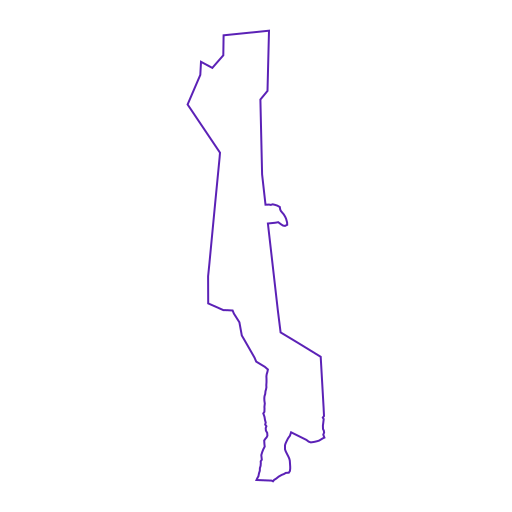 Ribeira do Piauí, Piauí, Brazil
{"feature_id": "56859067B13441399053941", "entity_name": "Ribeira do Piauí", "entity_type": "district", "adm_level": 2, "iso_a3": "BRA", "parent_name": "Brazil", "parent_adm1": "Piauí", "projection": "equal_earth", "projection_center": [-42.577, -7.944], "detail": "fine", "context": "isolated", "style": "outline", "palette": "violet", "viewbox_px": 512, "rotation_deg": 0, "n_neighbors": 0, "source": "geoboundaries", "source_scale": "gbopen_adm2", "svg_char_len": 1941}
<svg xmlns="http://www.w3.org/2000/svg" viewBox="0 0 512 512"><path d="M256.5,480.0L271.6,480.6L273.0,481.3L274.1,479.9L276.2,478.6L278.7,476.6L281.7,474.9L284.0,474.0L285.8,472.9L288.8,472.7L289.9,471.0L290.2,468.7L290.2,466.7L290.0,463.6L289.8,460.7L289.3,458.7L288.4,456.6L287.2,454.3L285.7,451.3L285.0,449.3L285.0,445.3L285.5,443.6L286.3,441.8L287.9,438.6L288.9,437.1L289.9,435.8L291.1,432.3L306.4,439.9L308.6,441.6L310.8,442.4L313.6,442.0L315.1,441.7L317.5,441.1L319.1,440.6L322.9,438.3L324.4,437.6L323.3,434.7L324.1,432.5L323.8,430.6L323.0,429.0L322.9,425.7L323.2,423.4L323.7,419.1L322.8,417.6L324.0,416.0L323.6,407.7L320.7,356.8L295.9,341.6L280.6,332.4L277.9,310.9L273.2,269.8L267.9,223.5L274.7,222.8L276.1,222.6L278.2,222.2L281.3,224.5L283.1,225.6L285.0,225.9L287.2,224.8L287.1,222.5L286.1,218.8L285.2,216.8L283.7,214.3L282.4,212.8L280.9,211.0L280.2,209.5L279.8,207.0L277.3,205.6L275.1,204.9L272.7,204.3L270.8,204.9L269.1,204.6L265.5,204.7L262.1,174.4L260.9,122.0L260.4,99.5L267.5,90.9L269.0,30.7L252.6,32.4L251.3,32.5L223.6,35.3L223.3,55.3L212.3,67.9L201.0,61.8L200.3,74.9L187.6,104.5L196.6,117.9L220.0,152.7L219.6,157.6L215.0,204.9L209.4,263.5L209.2,265.5L208.1,276.3L208.2,303.4L223.3,310.1L227.5,310.2L232.6,310.5L233.9,313.6L239.4,322.3L241.8,335.5L244.6,340.3L254.5,357.6L256.2,361.6L261.3,364.7L264.8,366.8L267.9,369.5L267.4,371.9L266.7,374.2L266.4,376.3L266.5,379.0L266.5,382.2L266.3,385.1L266.4,387.4L266.0,389.5L265.5,391.1L265.2,394.0L264.5,396.2L264.3,398.2L264.4,400.8L264.8,403.5L264.4,406.9L264.5,408.6L264.4,411.8L263.3,413.4L263.9,415.1L264.5,416.9L265.0,420.0L265.7,422.5L265.2,424.6L266.4,426.2L265.7,428.1L265.9,430.6L267.2,432.9L267.4,435.7L266.6,437.4L265.5,438.6L264.2,440.5L264.4,443.9L264.7,446.6L263.3,449.3L262.2,452.1L261.3,455.1L261.8,459.7L260.7,461.3L260.8,463.3L260.6,465.8L259.9,468.1L259.8,470.8L259.0,473.3L258.4,476.3L257.2,478.4L256.5,480.0Z" fill="none" stroke="#5b21b6" stroke-width="2"/></svg>